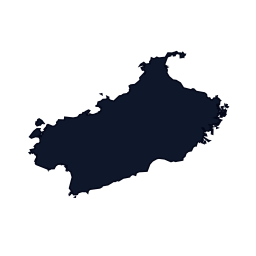 Sardegna, Nuoro, Italy, rotated 64°
{"feature_id": "23120603B31191283857260", "entity_name": "Sardegna", "entity_type": "district", "adm_level": 2, "iso_a3": "ITA", "parent_name": "Italy", "parent_adm1": "Nuoro", "projection": "mercator", "projection_center": [9.015, 40.086], "detail": "fine", "context": "isolated", "style": "filled", "palette": "ink", "viewbox_px": 256, "rotation_deg": 64, "n_neighbors": 0, "source": "geoboundaries", "source_scale": "gbopen_adm2", "svg_char_len": 5676}
<svg xmlns="http://www.w3.org/2000/svg" viewBox="0 0 256 256"><g transform="rotate(64 128 128)"><path d="M89.7,214.1L92.8,220.3L94.7,219.2L95.2,214.8L96.6,212.7L96.0,212.6L96.0,212.2L99.3,211.8L102.2,213.1L102.9,214.8L102.2,216.6L102.7,218.5L103.5,220.3L104.8,219.8L105.8,221.6L104.8,225.3L107.3,225.2L106.9,227.5L108.1,227.2L107.4,225.6L108.7,225.0L108.4,223.7L111.7,222.9L112.0,221.7L115.6,223.7L115.4,224.4L116.9,226.0L117.2,224.8L118.9,226.6L120.3,226.6L129.2,218.5L129.0,217.9L130.6,218.0L130.1,217.5L131.0,216.7L130.8,215.1L132.1,212.2L130.3,209.8L129.8,206.9L131.3,203.4L132.0,204.0L132.3,204.1L131.3,203.4L133.1,201.2L133.9,200.6L134.3,201.0L134.8,201.2L135.1,201.3L134.0,200.7L135.0,199.9L135.3,201.1L135.2,199.6L137.3,200.7L136.4,200.7L136.1,201.1L137.3,200.7L139.2,202.2L139.8,201.6L139.2,201.2L139.5,200.3L142.2,198.6L147.8,199.6L156.5,207.0L160.6,206.2L160.6,208.1L161.9,209.2L161.8,207.1L162.8,206.1L164.0,206.2L164.6,204.9L165.4,202.6L164.3,201.1L164.9,197.1L166.8,193.4L168.8,192.7L166.9,191.2L166.4,189.0L169.5,179.6L169.4,177.3L168.6,176.3L170.2,170.9L169.6,164.3L170.4,163.0L170.4,160.6L171.4,159.5L170.9,154.2L172.6,148.0L171.8,146.6L171.7,144.0L173.8,141.9L172.0,140.3L172.0,137.3L175.1,129.8L170.0,124.4L168.4,120.6L168.1,115.6L168.6,113.5L171.8,108.6L177.0,104.1L177.4,101.3L178.8,100.0L180.8,92.9L178.8,91.6L178.5,89.4L176.1,87.0L175.4,84.0L176.2,81.0L173.8,78.1L173.3,75.6L174.0,74.7L171.1,71.9L171.2,70.3L172.3,69.7L171.6,68.8L172.0,67.8L173.4,68.1L174.6,67.0L173.2,67.2L171.7,65.6L170.7,66.3L169.9,65.6L170.0,64.1L169.3,64.6L167.6,63.3L169.4,60.8L167.8,60.5L165.9,62.5L164.2,60.7L160.6,61.4L160.9,60.4L161.6,60.6L161.9,60.5L161.0,60.4L160.5,60.2L165.1,60.1L164.6,58.9L166.2,56.8L165.5,55.5L167.3,53.9L169.8,55.5L170.7,54.6L166.3,52.3L165.8,53.3L165.1,52.9L165.2,53.9L163.9,53.9L164.2,51.1L162.1,51.7L162.0,53.3L160.7,53.5L162.0,51.4L161.8,49.8L162.9,49.2L162.2,48.5L162.5,47.4L163.0,46.8L163.0,47.3L163.7,47.7L164.9,46.0L164.2,44.3L162.9,44.7L163.3,43.1L162.0,43.1L162.8,42.8L162.0,41.2L161.0,41.7L161.4,42.0L161.7,42.5L158.3,42.3L158.6,43.8L156.8,45.8L157.1,43.0L156.1,42.4L156.0,41.3L154.5,41.1L155.6,39.5L152.3,39.0L151.9,37.0L150.3,37.3L149.8,38.1L150.7,38.1L149.9,38.9L149.2,37.4L148.9,38.3L147.3,38.2L148.0,37.5L147.1,36.1L146.5,38.2L145.8,37.7L146.7,35.4L144.0,33.8L143.9,32.8L142.0,33.6L141.2,34.9L141.3,33.7L139.4,34.7L138.3,33.8L138.1,35.0L139.7,35.2L138.8,37.8L139.9,39.8L138.8,41.3L136.8,41.4L136.1,43.0L134.6,43.6L132.2,42.8L130.1,43.8L125.0,50.7L121.8,51.8L122.3,52.8L121.2,53.0L121.4,54.6L116.3,60.6L110.5,61.2L106.4,63.9L104.6,66.6L99.9,68.6L95.4,69.0L93.0,67.3L91.6,67.4L91.9,66.7L91.4,67.5L90.6,67.5L90.6,66.7L90.1,67.6L89.1,67.8L89.2,66.7L88.7,67.4L88.9,66.5L91.0,66.4L88.8,66.5L88.6,67.4L86.6,67.0L81.6,61.7L81.0,59.3L81.5,59.5L81.8,58.0L79.6,56.4L78.1,59.2L80.9,63.5L78.7,69.6L77.0,71.2L77.4,73.4L76.8,74.9L75.2,76.2L77.2,77.7L77.9,79.3L79.8,80.1L78.5,84.1L76.0,85.1L76.4,88.8L77.3,90.3L77.5,87.7L79.1,85.6L80.7,87.0L79.7,87.6L79.7,89.7L82.3,89.6L82.6,88.4L85.3,87.6L86.8,89.4L86.2,90.0L86.6,90.3L86.0,89.9L88.0,95.3L90.3,96.0L92.0,102.7L90.6,106.7L90.8,108.5L94.0,108.9L94.2,109.8L95.9,110.4L96.4,112.7L97.1,112.8L95.7,117.4L96.1,119.8L95.4,121.7L97.7,129.0L95.3,131.9L92.7,132.7L91.9,131.9L90.4,133.1L92.0,133.4L92.8,134.7L91.4,138.0L92.1,140.6L91.6,143.4L94.1,145.5L94.1,147.6L96.1,143.9L97.6,143.4L97.4,144.1L98.7,143.5L100.1,144.4L100.9,145.4L100.8,147.0L101.3,146.8L101.4,147.1L102.5,147.0L101.4,147.2L101.0,152.7L100.2,154.7L98.7,156.1L99.5,156.7L98.3,159.3L97.4,159.1L98.0,158.7L95.6,154.8L94.6,155.7L94.7,159.4L95.4,159.7L94.5,161.7L95.6,163.0L94.9,165.6L96.3,168.6L95.1,172.9L90.6,180.1L92.6,181.3L92.7,182.4L90.3,186.8L91.3,187.4L91.0,188.4L91.7,189.6L93.2,190.0L94.2,193.3L93.4,195.2L89.8,198.4L89.9,199.6L92.0,201.2L91.4,201.3L92.7,204.6L92.6,202.8L94.3,204.3L94.2,207.8L96.0,207.2L96.9,210.1L97.4,210.0L96.0,212.2L95.4,210.0L93.6,208.0L91.1,208.8L90.1,207.5L88.8,210.2L89.7,214.1ZM86.9,44.2L86.4,45.2L84.1,45.7L84.8,48.0L83.6,48.1L82.6,50.1L80.7,50.8L80.5,52.1L81.4,52.2L80.3,53.6L80.1,55.2L83.0,55.5L83.5,53.9L82.5,53.1L82.5,52.0L82.1,52.2L81.8,52.3L81.6,52.2L84.5,48.7L87.7,50.1L88.3,48.3L87.8,47.6L88.8,46.9L87.3,45.8L87.6,45.0L86.9,44.2ZM86.3,201.7L83.6,202.2L80.9,203.9L81.0,205.4L82.7,206.3L82.3,206.9L83.0,207.4L82.4,208.0L84.1,209.2L86.1,208.7L86.7,205.3L86.2,205.1L86.7,205.1L86.1,203.9L86.3,201.7ZM155.4,32.0L155.0,33.5L154.7,33.4L154.5,32.8L154.1,32.6L154.3,33.9L152.8,34.8L153.0,36.8L156.5,36.5L156.4,35.3L157.1,34.9L156.6,34.7L156.3,35.6L156.1,35.7L156.5,34.3L155.7,32.9L156.3,32.8L155.4,32.0ZM158.6,33.9L157.8,34.0L157.9,35.8L157.2,35.7L157.1,37.3L157.7,37.7L156.9,37.4L156.9,38.4L156.3,38.5L156.7,39.2L157.5,38.3L158.5,40.3L159.3,38.9L158.2,38.6L159.7,36.0L158.6,33.9ZM175.4,61.5L175.2,60.1L174.7,60.9L171.2,63.1L171.2,63.3L175.4,61.5ZM150.5,33.2L150.0,34.7L150.9,35.3L151.7,34.1L150.5,33.2ZM175.5,64.8L173.8,64.4L173.5,65.0L175.1,65.8L175.5,64.8ZM155.3,37.0L154.1,37.8L154.0,38.5L155.4,38.6L155.3,37.0ZM152.9,28.7L151.8,29.6L152.0,30.4L153.2,29.5L152.9,28.7ZM151.7,30.5L150.1,30.8L151.5,31.3L151.7,30.5ZM150.5,28.7L150.0,29.3L151.0,29.5L150.3,29.7L151.6,29.9L150.5,28.7ZM80.4,55.6L80.3,56.7L81.1,56.7L81.1,56.1L80.4,55.6ZM86.5,136.8L85.7,136.6L85.5,137.5L86.5,136.8ZM167.2,47.4L166.7,47.9L166.4,47.9L167.1,48.3L167.2,47.4ZM165.4,49.0L164.7,48.9L164.8,49.1L165.4,49.0ZM162.5,209.6L162.1,210.0L162.6,210.1L162.5,209.6ZM153.0,28.7L152.3,28.5L153.0,28.7ZM167.1,205.7L166.8,205.5L166.9,206.0L167.1,205.7ZM162.0,40.5L161.7,40.8L162.1,40.8L162.0,40.5ZM87.2,201.4L86.7,201.5L87.2,201.5L87.2,201.4ZM169.9,63.4L169.6,63.5L170.1,63.4L169.9,63.4Z" fill="#0f172a" stroke="#020617" stroke-width="1.5"/></g></svg>